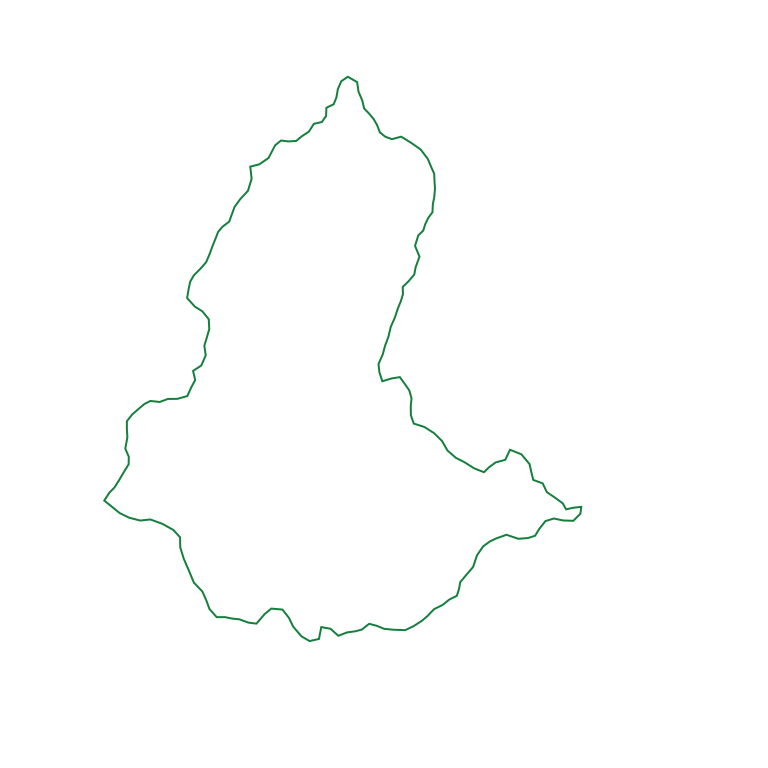 São Pedro da União, Minas Gerais, Brazil (Albers equal-area conic projection), rotated 110°
{"feature_id": "56859067B79679337847507", "entity_name": "São Pedro da União", "entity_type": "district", "adm_level": 2, "iso_a3": "BRA", "parent_name": "Brazil", "parent_adm1": "Minas Gerais", "projection": "albers", "projection_center": [-46.65, -21.105], "detail": "fine", "context": "isolated", "style": "outline", "palette": "green", "viewbox_px": 768, "rotation_deg": 110, "n_neighbors": 0, "source": "geoboundaries", "source_scale": "gbopen_adm2", "svg_char_len": 2614}
<svg xmlns="http://www.w3.org/2000/svg" viewBox="0 0 768 768"><g transform="rotate(110 384 384)"><path d="M438.8,155.1L432.0,156.6L435.6,163.9L439.5,170.0L435.0,175.2L432.4,184.2L429.9,194.0L423.1,200.9L423.1,210.9L416.3,215.5L409.5,219.8L403.1,230.8L402.7,243.1L413.8,244.1L419.5,252.3L426.3,256.8L432.7,259.9L432.4,270.5L429.9,282.0L428.8,291.2L424.8,301.6L417.7,310.0L413.1,320.0L410.6,331.4L411.0,342.5L404.1,348.1L395.6,351.3L388.1,353.2L381.3,358.1L376.0,365.7L372.1,371.5L376.4,379.1L382.0,386.5L374.6,392.3L367.1,396.0L356.8,395.3L347.5,396.1L338.2,396.0L327.9,397.2L318.1,396.5L308.5,396.8L300.3,396.5L293.1,396.9L286.4,399.6L278.9,396.0L270.7,393.0L263.5,394.2L252.2,394.2L243.6,402.1L232.5,402.6L226.5,399.6L219.7,399.9L212.6,399.2L206.0,397.2L198.3,399.6L191.2,400.7L183.0,402.9L176.9,405.6L169.3,408.7L163.4,414.4L157.5,419.8L151.1,429.8L148.2,440.5L145.7,452.4L151.2,460.3L151.2,467.3L149.0,473.9L143.0,479.1L138.7,484.2L135.1,490.3L131.9,496.9L125.1,501.3L118.1,507.9L109.5,512.5L107.7,523.1L114.1,527.7L122.7,528.2L131.2,526.7L138.4,527.0L144.1,532.6L151.9,530.1L159.1,532.0L163.5,538.9L172.4,540.8L179.4,546.0L185.6,549.6L188.8,556.9L190.4,564.0L196.8,567.9L211.1,569.8L220.2,576.3L225.5,584.0L236.4,578.6L249.0,577.9L259.4,582.3L268.7,585.0L276.8,585.0L284.4,585.0L291.5,589.6L297.9,591.9L304.6,592.0L311.8,592.3L321.4,592.3L330.4,592.8L338.6,596.0L347.1,599.9L354.2,601.1L361.3,600.1L370.6,598.4L376.0,588.1L377.8,579.6L383.1,570.8L392.1,567.0L400.6,566.4L409.5,565.9L418.1,561.3L429.1,562.0L437.0,567.9L444.8,562.8L453.4,564.0L462.6,564.7L468.7,573.2L471.9,581.9L477.6,588.6L479.8,597.7L484.7,602.3L491.5,606.2L498.7,610.2L506.9,612.9L514.3,610.2L521.9,606.9L533.2,605.0L539.7,598.9L546.8,596.5L554.6,598.1L565.3,600.1L573.5,601.9L580.0,604.9L589.2,607.0L592.5,597.4L595.7,588.2L596.8,577.7L595.7,566.4L591.2,557.2L591.2,544.5L593.2,532.0L597.8,523.2L607.2,519.6L616.8,512.3L626.1,503.5L635.7,494.7L641.1,483.7L648.5,476.6L655.0,471.2L660.3,461.5L657.5,453.9L656.4,446.6L654.6,439.5L654.6,429.8L652.8,421.9L641.1,417.5L633.6,413.1L630.7,402.3L636.2,393.4L643.2,386.2L649.4,375.1L651.0,366.0L645.8,357.9L633.9,359.8L632.3,350.6L636.2,340.8L630.1,333.8L626.2,326.4L622.3,320.8L614.4,315.9L613.7,308.1L614.0,300.1L611.6,290.8L608.0,279.8L601.2,273.2L593.4,267.3L587.0,263.7L578.4,259.9L571.6,253.4L564.2,248.9L558.1,243.1L550.8,243.4L544.2,244.6L536.6,241.9L525.5,237.7L513.1,238.0L502.7,235.3L495.9,230.8L490.9,225.9L483.8,217.4L483.5,204.8L479.5,196.0L474.9,190.1L467.6,188.7L457.6,185.4L452.3,178.4L451.0,169.1L447.8,159.3L438.8,155.1Z" fill="none" stroke="#15803d" stroke-width="2"/></g></svg>